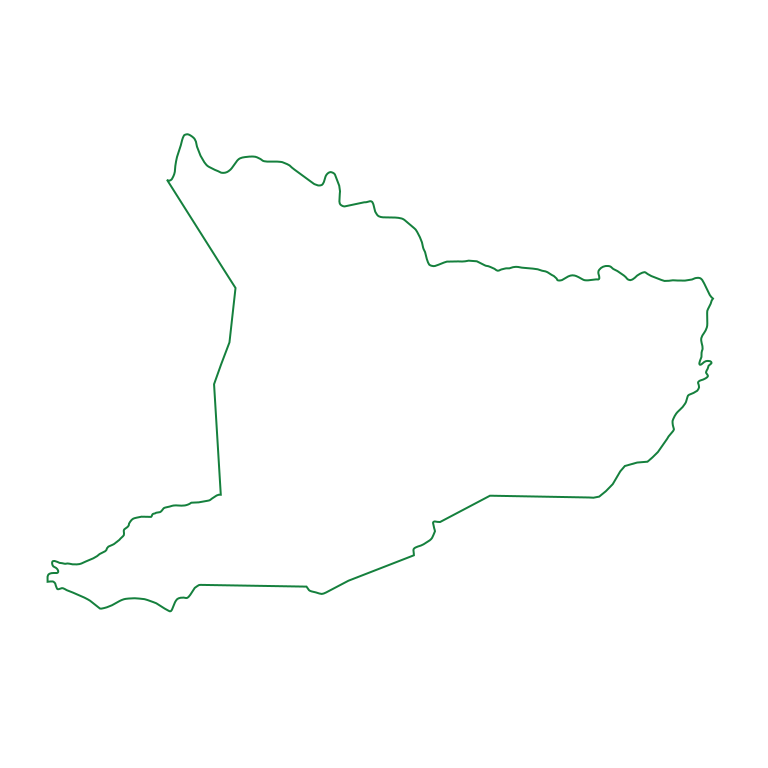 outline of Goascoran, Valle, Honduras, rotated 93°
{"feature_id": "27666195B50126770089567", "entity_name": "Goascoran", "entity_type": "district", "adm_level": 2, "iso_a3": "HND", "parent_name": "Honduras", "parent_adm1": "Valle", "projection": "mercator", "projection_center": [-87.718, 13.59], "detail": "fine", "context": "isolated", "style": "outline", "palette": "green", "viewbox_px": 768, "rotation_deg": 93, "n_neighbors": 0, "source": "geoboundaries", "source_scale": "gbopen_adm2", "svg_char_len": 6077}
<svg xmlns="http://www.w3.org/2000/svg" viewBox="0 0 768 768"><g transform="rotate(93 384 384)"><path d="M582.3,409.2L553.5,345.2L552.2,345.3L548.5,345.9L547.5,345.8L546.8,345.4L546.1,344.7L545.4,343.5L544.5,341.6L543.4,338.7L542.0,336.1L537.7,330.1L536.4,328.8L535.1,327.9L532.1,326.7L528.4,325.4L527.2,325.7L525.5,326.3L520.4,327.7L519.7,327.7L519.1,327.3L518.8,326.8L518.6,326.1L518.9,323.3L518.9,320.8L490.0,272.3L486.6,173.4L486.6,168.9L485.2,163.2L479.4,156.8L472.0,150.3L458.9,143.5L453.3,139.2L449.2,127.1L447.8,116.8L443.3,112.1L437.6,106.9L423.8,98.3L421.5,97.1L415.8,92.8L414.7,92.3L414.0,92.1L410.0,93.4L407.7,93.8L405.8,93.9L403.8,93.3L400.9,92.1L398.2,90.6L396.5,89.3L391.4,84.6L387.7,82.2L386.2,81.5L380.8,80.2L379.7,79.8L378.8,78.8L376.7,74.4L374.3,70.8L372.4,69.7L370.8,69.2L368.6,69.6L366.6,70.4L365.9,70.4L365.3,70.1L364.7,69.5L364.0,68.5L362.8,65.4L361.5,63.1L360.3,61.6L359.3,61.0L358.8,61.0L358.3,61.2L356.0,62.9L355.5,63.0L354.9,62.9L353.4,62.4L351.9,61.6L348.8,60.8L346.3,58.2L345.6,58.1L344.9,58.4L344.3,59.2L344.1,60.0L344.0,61.9L344.3,63.6L345.2,65.3L347.8,68.1L348.2,69.1L348.2,69.5L347.9,69.9L346.8,70.2L344.4,69.7L340.4,68.4L336.1,68.5L334.2,68.2L333.0,67.8L332.0,67.7L329.5,68.0L326.5,68.9L324.0,69.5L322.6,69.6L321.5,69.5L318.9,68.6L316.2,67.0L313.6,65.6L310.7,64.6L308.9,64.3L306.6,64.3L296.4,65.0L294.1,65.0L292.3,64.4L286.8,62.0L283.4,61.1L281.5,59.9L280.0,61.7L278.1,63.3L266.7,69.6L263.4,71.7L262.3,72.9L261.7,74.1L261.5,75.8L261.8,77.9L262.2,79.2L263.5,81.8L265.0,88.9L265.3,96.5L265.3,100.9L266.0,104.8L266.4,109.3L265.6,112.4L262.2,122.7L260.4,126.4L258.9,128.7L258.7,129.8L259.3,131.8L260.6,134.2L262.5,136.9L264.9,139.2L266.5,141.2L266.9,142.0L267.4,143.5L267.2,144.8L266.7,146.1L266.1,146.8L264.6,148.2L263.1,150.1L259.0,156.8L257.1,161.1L255.1,163.6L254.6,164.8L254.4,166.4L254.6,168.9L255.4,171.3L256.7,173.3L258.6,175.0L260.0,175.7L261.6,175.8L262.7,175.6L265.0,174.8L267.0,174.5L267.9,174.8L268.4,175.5L268.4,177.5L269.8,185.7L269.9,188.5L269.7,189.7L269.2,191.0L267.1,195.3L266.1,197.8L265.7,199.5L265.6,201.5L266.0,203.5L266.9,205.6L270.9,211.7L271.3,213.1L271.5,214.5L271.4,215.7L271.1,216.3L270.7,216.6L269.7,217.1L267.3,220.0L266.3,222.2L263.8,226.6L263.1,228.6L262.6,232.1L261.4,236.5L261.0,241.2L260.6,252.4L260.1,256.3L260.1,258.5L260.6,261.3L261.9,264.8L262.1,268.1L262.5,269.6L263.5,272.9L264.7,275.2L264.9,276.4L264.5,277.7L263.2,279.7L261.6,283.8L260.9,286.0L260.6,288.4L260.3,289.3L256.6,297.7L256.4,305.9L257.2,309.3L257.6,312.4L257.7,316.4L258.5,327.6L259.6,330.5L262.0,335.7L263.5,339.3L263.7,340.8L263.4,343.0L262.9,344.3L262.4,345.1L260.3,346.4L256.9,347.8L250.1,349.9L247.2,351.5L245.7,352.1L240.6,353.5L235.6,355.8L230.3,358.9L228.1,360.5L226.9,361.9L219.0,372.3L218.3,373.6L217.8,375.0L217.3,378.5L217.2,381.6L217.6,393.7L217.4,395.9L216.8,397.9L216.2,398.9L215.3,399.8L213.0,401.4L212.1,401.9L205.5,403.9L204.3,404.4L202.8,405.3L202.5,405.9L202.2,406.6L202.2,407.5L203.4,411.3L203.6,413.3L204.2,415.6L208.7,432.5L208.7,433.4L208.4,434.7L207.8,435.9L207.2,436.8L206.1,437.6L204.0,438.1L196.2,438.1L193.9,438.0L188.3,439.1L177.5,443.9L176.6,444.6L175.8,445.9L175.3,447.4L175.2,448.7L175.7,450.0L176.6,451.2L177.9,452.3L179.7,453.2L185.4,454.6L187.5,455.6L188.4,456.4L188.8,457.3L189.1,458.4L189.2,460.1L188.1,463.8L187.7,464.6L174.6,484.6L172.7,487.3L170.7,489.7L169.5,492.2L167.8,497.1L167.6,498.7L167.5,502.3L168.0,512.5L167.8,515.3L167.4,516.7L165.8,519.1L164.3,522.6L163.8,524.5L163.7,527.1L164.0,530.5L164.7,534.8L165.3,537.4L166.2,539.6L167.1,540.9L168.5,542.2L176.4,547.3L177.9,548.5L179.6,550.4L180.6,551.9L181.3,553.7L181.6,555.7L181.5,557.7L180.2,560.7L179.0,564.1L176.3,570.2L175.5,571.6L174.4,572.9L172.0,575.0L165.6,579.2L156.7,583.2L151.8,584.5L149.3,585.9L148.3,586.8L147.2,588.2L146.3,589.6L145.5,591.1L145.1,592.2L144.9,593.2L145.0,594.2L145.3,595.2L145.7,596.1L146.2,596.7L148.5,597.7L151.1,598.4L156.2,599.4L168.2,602.6L172.5,603.3L177.2,603.8L183.0,604.0L185.5,604.5L187.8,605.3L190.4,606.5L191.1,607.1L191.7,607.9L192.1,608.8L192.2,609.7L191.9,610.6L191.4,611.4L276.7,551.0L295.9,537.3L350.5,540.5L373.3,547.8L393.1,553.7L503.1,541.2L503.2,543.1L504.1,545.3L507.4,549.8L508.8,551.4L509.3,552.2L509.7,553.5L511.9,562.9L512.6,570.0L512.8,570.5L513.8,571.8L514.5,573.1L515.2,574.8L515.7,576.5L516.1,579.9L516.1,585.2L516.3,587.4L516.7,589.1L517.6,591.6L518.9,596.2L519.6,597.5L522.3,599.4L523.4,600.5L523.7,601.1L524.5,604.8L525.2,605.9L525.6,607.3L526.0,608.1L526.5,608.5L528.4,609.2L528.9,609.7L529.2,619.2L530.4,623.9L531.1,626.2L531.7,627.5L532.9,628.9L534.9,630.3L536.8,631.3L538.5,631.5L539.7,632.2L540.5,633.0L542.6,635.6L543.3,636.0L544.3,636.2L546.9,635.8L548.5,635.9L549.6,636.6L552.2,639.1L553.5,640.1L558.0,645.3L558.8,646.7L560.8,650.7L562.5,652.0L564.4,652.6L565.6,653.7L568.7,659.1L570.9,661.5L573.3,665.2L576.8,672.4L579.1,676.8L579.8,678.8L580.2,681.3L580.4,685.4L579.9,688.9L579.8,690.8L580.2,692.6L580.2,693.6L579.8,696.0L579.6,698.7L578.8,700.7L578.0,703.6L578.1,704.8L578.4,705.6L579.2,706.0L580.2,706.1L581.5,705.8L582.5,705.4L583.5,704.6L584.8,701.9L585.8,700.7L587.3,699.7L588.6,699.5L589.4,699.9L589.9,700.8L590.0,703.8L590.3,706.2L590.9,707.9L591.7,709.0L592.6,709.5L594.1,709.9L599.1,709.6L598.6,706.4L598.5,704.5L598.7,703.9L599.4,702.8L600.4,701.9L602.5,701.2L604.3,700.4L605.5,699.8L605.9,699.3L606.0,698.8L605.9,698.1L604.7,694.9L604.8,693.8L605.4,692.2L606.5,690.0L608.6,683.7L613.0,672.0L614.5,668.7L615.8,666.2L623.1,655.9L623.1,654.4L622.4,651.8L621.5,649.1L619.2,644.1L614.5,636.6L613.5,634.7L612.6,632.6L612.1,630.8L611.6,627.7L611.0,621.8L611.1,617.0L611.4,611.9L612.1,608.9L613.9,602.9L614.9,599.9L619.8,591.2L621.7,587.3L622.1,586.3L622.2,585.8L622.0,585.2L621.7,584.7L620.4,583.9L612.9,581.3L611.2,580.4L609.8,579.4L608.8,578.0L608.1,575.9L607.8,572.9L608.1,570.4L607.9,569.4L607.6,568.9L606.7,567.9L604.6,566.4L597.5,562.3L595.6,559.9L594.7,558.6L594.4,558.0L594.2,556.5L590.4,450.8L593.8,448.1L594.4,447.1L594.9,445.5L595.7,441.1L596.6,437.6L596.9,435.2L596.4,433.3L595.2,430.9L582.3,409.2Z" fill="none" stroke="#15803d" stroke-width="2"/></g></svg>